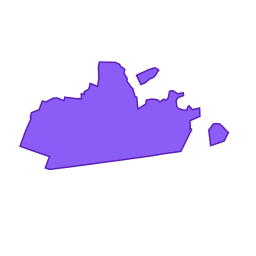 outline of Norfolk, Massachusetts, United States of America, rotated 20°
{"feature_id": "52423323B66944886224636", "entity_name": "Norfolk", "entity_type": "district", "adm_level": 2, "iso_a3": "USA", "parent_name": "United States of America", "parent_adm1": "Massachusetts", "projection": "albers", "projection_center": [-71.138, 42.168], "detail": "fine", "context": "isolated", "style": "filled", "palette": "violet", "viewbox_px": 256, "rotation_deg": 20, "n_neighbors": 0, "source": "geoboundaries", "source_scale": "gbopen_adm2", "svg_char_len": 1553}
<svg xmlns="http://www.w3.org/2000/svg" viewBox="0 0 256 256"><g transform="rotate(20 128 128)"><path d="M114.8,86.8L111.0,84.5L110.3,81.8L105.3,77.7L105.1,75.2L104.9,74.0L99.4,72.3L98.4,71.1L93.9,70.6L78.6,75.8L78.9,79.1L79.6,81.6L83.6,91.2L85.1,99.3L77.2,99.0L77.9,104.7L74.4,109.2L75.6,111.2L72.4,111.8L74.1,116.4L69.3,118.1L63.2,119.5L58.0,120.7L58.6,124.2L51.1,124.0L47.4,125.6L42.1,131.5L38.3,132.0L38.2,141.2L32.1,146.6L32.5,151.2L33.7,152.5L32.8,165.0L32.8,177.0L32.8,182.1L43.5,182.0L52.5,181.9L64.0,181.7L63.9,193.8L68.5,193.7L88.8,183.3L109.3,172.6L114.3,169.9L118.1,167.9L120.7,166.6L128.8,162.4L135.6,158.8L144.2,154.2L149.4,151.5L158.9,146.4L159.9,145.9L165.1,143.1L167.5,141.5L170.7,139.8L179.3,135.3L185.7,131.9L188.3,107.6L187.2,107.2L186.4,107.5L186.3,106.1L185.4,103.4L183.9,100.7L184.0,99.7L191.6,92.4L188.4,84.7L182.2,88.8L177.9,86.2L176.9,87.9L177.2,91.2L174.3,92.2L168.5,92.4L166.6,91.1L164.3,86.9L164.1,86.1L164.0,85.0L164.6,82.4L169.1,78.5L167.8,76.0L162.9,78.9L158.0,77.6L155.7,78.4L154.5,79.4L155.5,86.2L154.2,89.0L151.4,88.8L149.1,92.6L146.1,91.4L140.7,92.6L136.8,94.7L135.6,95.6L136.5,99.4L130.8,106.7L125.6,96.0L124.1,96.4L119.1,89.4L115.6,87.8L114.8,86.8ZM223.9,97.9L221.8,97.1L215.7,93.9L212.2,92.8L206.9,94.8L204.6,102.3L211.7,116.3L221.7,108.3L222.8,107.4L223.9,97.9ZM123.9,69.8L120.6,72.9L118.0,75.6L121.8,79.4L125.2,82.7L128.4,80.0L131.8,74.1L133.8,72.6L135.1,70.6L136.1,68.0L136.2,66.2L137.2,63.3L135.3,62.5L133.3,62.2L131.4,63.0L126.7,66.9L123.9,69.8Z" fill="#8b5cf6" stroke="#5b21b6" stroke-width="1.5"/></g></svg>